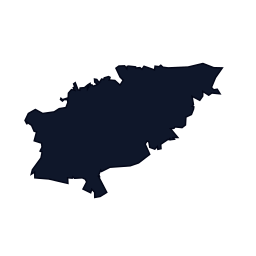 Villaflores, Chiapas, Mexico (orthographic projection), rotated 170°
{"feature_id": "50627088B76304194076564", "entity_name": "Villaflores", "entity_type": "district", "adm_level": 2, "iso_a3": "MEX", "parent_name": "Mexico", "parent_adm1": "Chiapas", "projection": "orthographic", "projection_center": [-93.329, 16.375], "detail": "medium", "context": "isolated", "style": "filled", "palette": "ink", "viewbox_px": 256, "rotation_deg": 170, "n_neighbors": 0, "source": "geoboundaries", "source_scale": "gbopen_adm2", "svg_char_len": 1890}
<svg xmlns="http://www.w3.org/2000/svg" viewBox="0 0 256 256"><g transform="rotate(170 128 128)"><path d="M214.9,91.6L196.8,83.9L196.1,89.5L191.6,88.3L190.7,89.6L189.5,87.8L181.7,86.9L179.1,85.1L178.0,82.1L182.9,75.7L176.0,70.7L174.3,74.0L172.0,70.5L172.8,65.4L167.3,65.4L160.1,68.3L165.5,85.4L164.5,85.1L164.9,87.2L162.1,91.2L161.6,89.8L152.6,92.5L132.4,90.4L123.6,91.8L111.2,98.3L113.9,109.2L111.6,111.8L109.9,110.9L109.9,105.2L105.3,102.5L102.3,104.6L102.3,101.8L99.1,101.9L98.6,106.3L90.7,109.8L88.9,109.2L88.7,111.2L88.4,109.1L84.3,108.9L85.3,110.7L80.6,110.0L86.3,120.0L82.8,119.7L81.4,120.9L74.7,119.0L70.9,121.0L69.1,128.7L63.2,130.3L60.2,135.2L59.5,137.4L61.1,138.2L59.5,139.6L59.4,148.1L52.5,142.8L48.9,146.4L48.0,151.1L42.8,146.3L39.4,147.9L31.4,145.7L33.4,150.7L37.0,150.7L38.8,153.5L33.1,162.4L24.7,170.8L33.1,172.5L43.0,178.5L58.3,177.6L78.0,180.2L83.1,181.8L84.8,184.1L86.8,183.0L90.6,184.2L91.8,180.6L101.5,186.0L104.1,183.4L105.7,185.4L109.8,185.7L109.9,186.9L116.8,188.9L118.2,188.8L118.9,186.6L120.5,189.8L126.2,190.6L129.5,189.0L126.9,179.5L124.4,176.0L128.4,171.6L132.7,177.1L138.2,178.5L136.9,181.0L138.2,182.0L142.7,181.5L143.5,180.0L145.5,180.8L148.5,177.6L150.3,181.2L152.5,182.0L152.8,178.9L150.4,176.2L154.9,175.1L156.1,176.8L157.6,176.4L157.6,178.5L159.8,177.6L159.6,174.9L161.2,173.2L160.9,177.0L163.9,175.3L168.2,175.7L168.9,173.5L170.6,174.2L172.1,181.8L173.9,180.9L173.3,177.9L175.0,177.1L173.9,174.3L177.0,175.6L180.6,172.7L181.7,168.1L187.6,167.3L188.9,168.9L189.5,167.8L187.9,165.9L186.0,167.1L182.7,166.4L182.8,163.5L185.6,158.9L192.4,159.0L197.9,156.7L209.5,157.1L216.0,162.3L223.6,159.6L228.1,153.3L226.8,149.2L226.4,151.2L222.5,147.4L221.0,141.1L218.7,140.1L222.6,131.7L215.7,128.1L216.0,124.0L218.6,120.5L216.7,119.3L218.9,113.6L229.4,103.5L231.3,99.3L227.6,100.8L228.4,95.1L214.9,91.6Z" fill="#0f172a" stroke="#020617" stroke-width="1.5"/></g></svg>